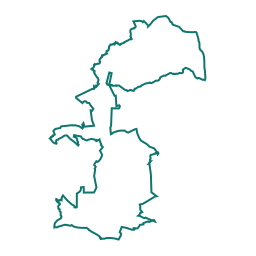 the district of Donato Guerra, México, Mexico, rotated 89°
{"feature_id": "50627088B84805364121856", "entity_name": "Donato Guerra", "entity_type": "district", "adm_level": 2, "iso_a3": "MEX", "parent_name": "Mexico", "parent_adm1": "México", "projection": "albers", "projection_center": [-100.178, 19.319], "detail": "fine", "context": "isolated", "style": "outline", "palette": "teal", "viewbox_px": 256, "rotation_deg": 89, "n_neighbors": 0, "source": "geoboundaries", "source_scale": "gbopen_adm2", "svg_char_len": 5855}
<svg xmlns="http://www.w3.org/2000/svg" viewBox="0 0 256 256"><g transform="rotate(89 128 128)"><path d="M239.3,139.3L236.7,137.9L236.3,137.4L233.5,136.7L232.1,138.1L226.8,136.0L228.0,130.8L229.8,125.7L229.8,123.6L229.2,123.2L229.0,123.9L228.3,124.1L228.2,122.8L228.7,122.5L228.4,120.1L226.2,118.3L225.0,117.8L224.7,114.3L223.5,114.4L222.1,111.0L221.8,109.4L222.2,109.1L222.2,107.9L221.5,106.4L221.1,105.0L221.9,102.8L220.6,103.6L220.5,106.2L219.3,109.2L217.9,111.9L218.4,113.0L217.9,114.6L216.3,117.3L215.9,119.3L214.9,118.0L213.1,117.2L212.8,115.8L212.4,115.2L210.5,116.9L209.4,117.2L206.5,117.1L204.7,117.6L204.1,114.5L196.9,102.0L196.7,100.6L192.7,105.7L175.2,105.9L164.1,107.2L164.2,107.9L161.8,105.9L161.9,106.6L161.4,106.3L160.1,106.6L159.0,105.9L156.7,106.3L155.4,105.8L154.6,102.7L153.6,100.9L153.9,100.8L153.3,99.8L153.4,99.4L155.0,98.8L154.3,98.2L153.7,98.1L152.9,98.3L152.5,99.4L148.8,102.3L147.1,106.7L144.5,109.4L140.8,115.3L138.1,117.0L133.5,118.8L129.1,119.6L129.4,121.1L132.6,128.0L131.6,130.1L130.5,131.4L130.5,135.8L130.8,138.0L132.2,142.7L133.2,143.7L133.9,145.2L127.5,145.7L125.5,144.9L108.0,143.9L108.3,136.8L107.6,136.2L105.8,135.8L105.1,136.4L105.9,139.2L95.5,139.7L95.7,140.2L95.6,140.9L84.9,146.0L84.2,147.9L83.8,148.2L83.1,148.1L82.7,148.7L72.2,145.7L72.9,143.4L84.4,146.0L84.6,143.9L85.2,144.2L85.1,143.5L85.6,142.1L85.4,141.5L85.6,139.0L85.5,138.5L85.3,138.6L85.4,136.2L89.6,130.7L90.3,128.4L91.1,127.9L89.9,124.5L90.5,123.6L91.0,121.6L89.7,120.8L89.4,120.9L89.1,120.4L88.8,120.3L88.9,119.7L87.3,117.4L86.9,116.6L87.0,115.9L86.6,114.4L85.8,114.0L83.9,109.8L83.2,106.0L82.9,105.5L83.4,104.6L83.4,103.4L81.1,99.1L81.2,97.5L80.8,96.5L79.9,95.6L77.9,94.8L76.2,91.3L76.4,89.5L75.6,88.6L74.5,86.2L73.9,85.4L73.7,84.2L74.7,82.4L74.5,81.4L74.8,81.1L74.7,80.6L74.9,79.9L74.5,78.9L74.8,77.3L73.8,75.6L74.2,73.6L74.1,73.1L73.6,72.3L72.9,71.9L70.5,72.0L68.8,69.2L70.5,65.3L72.1,63.7L72.6,62.3L78.1,59.9L79.4,58.4L79.7,57.5L79.4,57.3L79.2,56.2L81.1,52.5L81.0,51.2L81.5,50.4L79.5,49.7L72.3,50.1L68.4,50.6L63.4,50.5L58.8,50.7L55.4,51.3L53.1,52.4L50.7,54.6L49.2,55.1L44.3,55.1L41.8,56.0L40.3,56.0L33.9,57.8L33.4,58.1L33.2,59.8L33.4,61.3L33.1,66.6L32.7,69.4L32.2,70.2L32.3,71.1L27.8,75.1L25.6,81.1L25.3,81.1L24.9,81.8L23.1,82.4L22.6,83.2L22.6,83.7L22.3,84.0L20.0,84.9L18.3,86.0L16.7,88.1L17.5,95.5L17.8,96.5L21.1,100.9L25.2,104.3L26.8,106.1L25.9,106.0L21.4,110.2L22.1,110.6L22.0,111.4L22.2,111.5L21.6,112.0L21.0,114.6L21.5,120.6L22.2,120.1L22.9,120.1L25.1,119.0L26.9,118.5L27.9,119.4L28.1,120.1L28.5,120.3L28.3,120.7L28.8,121.6L29.2,123.1L30.4,123.9L32.4,124.0L32.8,123.7L34.4,123.5L36.6,123.9L37.0,123.5L38.1,123.4L39.1,122.7L39.4,123.1L39.4,124.9L40.7,126.9L42.0,130.0L42.3,130.0L42.8,130.6L43.8,133.9L44.3,133.8L44.8,134.6L43.4,136.7L42.7,136.8L41.9,138.7L42.1,138.7L42.7,139.5L43.1,139.0L43.3,139.6L43.7,139.7L43.4,140.3L43.5,140.9L43.6,141.2L44.1,141.0L43.9,141.7L44.2,142.0L44.1,142.5L44.7,143.7L44.4,144.1L45.0,144.3L45.3,144.8L46.4,145.6L48.4,145.6L49.1,146.2L50.1,146.3L50.7,148.0L51.2,147.9L52.0,148.4L53.1,147.8L53.1,148.3L54.1,149.1L53.9,149.9L54.8,151.1L54.9,151.5L54.6,151.9L54.8,152.5L55.1,152.7L55.6,152.3L56.3,152.9L56.7,152.9L57.0,153.8L58.0,154.1L58.4,154.8L59.6,155.4L60.7,155.2L61.1,154.7L62.4,155.0L63.3,156.1L63.1,157.2L63.9,159.1L63.4,160.0L64.2,160.9L65.1,160.6L66.1,160.9L67.3,161.8L67.8,162.7L68.1,162.9L68.2,164.3L68.6,163.3L68.6,162.6L69.1,162.6L69.4,161.7L70.2,161.4L70.3,160.5L71.3,160.4L72.3,160.9L77.0,158.0L77.2,157.4L79.6,156.6L82.2,157.7L83.2,156.4L83.3,156.4L84.0,157.3L84.9,157.7L85.1,158.2L85.0,158.7L85.8,158.5L86.2,158.8L86.4,159.2L86.0,159.8L86.6,160.2L85.6,161.3L86.6,161.4L88.0,161.0L88.3,161.2L88.3,163.1L95.8,179.3L97.0,179.4L102.3,173.1L101.0,172.2L100.4,170.5L100.9,169.2L101.9,168.8L102.4,167.0L102.3,166.3L104.7,165.1L108.2,162.3L110.1,163.5L109.7,165.0L119.4,163.9L125.1,161.9L125.9,171.5L122.4,172.5L124.1,173.7L126.5,172.8L127.7,173.5L125.5,176.6L124.3,180.9L124.5,183.1L124.2,183.8L125.2,194.8L126.4,195.6L126.8,195.7L127.6,200.4L128.7,201.8L129.8,202.7L133.3,201.3L134.2,203.4L134.9,203.2L135.5,204.9L136.1,204.7L137.0,206.3L141.0,203.1L142.0,201.7L142.6,199.1L142.0,199.8L141.1,200.1L140.0,200.2L139.0,199.9L138.6,199.3L138.6,198.2L137.6,197.3L136.0,193.8L134.9,192.4L134.3,190.9L134.5,189.0L137.7,186.2L141.0,181.9L144.6,178.2L143.9,177.7L143.6,178.1L141.8,178.4L141.3,178.1L139.6,179.1L138.9,179.0L137.0,179.6L136.2,181.4L135.7,182.0L135.7,182.3L134.2,182.0L135.7,175.0L136.7,174.6L138.3,173.2L138.5,172.0L139.3,170.8L139.5,170.1L139.7,169.2L139.1,168.1L138.3,165.0L138.3,164.3L139.0,161.5L140.1,160.5L140.5,159.7L139.5,159.5L139.9,158.4L138.9,156.7L141.1,156.2L144.0,155.0L144.5,155.4L146.7,153.5L150.1,156.4L154.5,154.3L157.2,155.4L158.5,156.1L160.4,157.7L161.4,159.1L160.7,160.2L163.8,162.4L164.5,162.4L166.1,161.0L167.1,161.3L168.0,162.0L169.5,161.6L175.4,162.7L186.9,160.6L191.0,162.6L191.9,163.2L191.8,173.3L186.3,173.3L186.5,176.1L188.8,176.2L189.8,176.7L190.8,177.4L192.7,180.3L206.4,180.6L206.6,181.0L206.4,182.9L205.6,182.7L204.6,183.4L204.3,184.1L203.2,185.8L199.3,190.0L194.3,194.2L196.0,195.3L199.1,195.7L198.5,196.8L198.9,197.5L199.4,197.6L199.6,198.8L199.0,199.1L198.5,200.1L197.8,200.7L197.9,201.1L198.9,201.1L201.1,199.6L202.0,197.7L203.1,197.4L204.2,198.7L205.1,199.2L205.6,199.0L206.7,199.1L207.5,199.0L208.1,197.7L209.5,197.9L210.6,197.2L211.0,196.7L214.0,196.9L214.5,196.4L215.8,196.1L216.3,196.2L216.4,196.5L217.0,196.6L219.4,200.6L221.7,202.6L222.7,203.0L225.2,203.4L226.1,203.3L225.8,202.9L226.1,200.3L225.2,199.0L224.9,197.0L224.3,195.4L223.6,192.4L224.7,187.0L224.1,186.0L225.8,183.6L226.7,179.7L227.1,174.8L227.1,171.1L228.7,169.1L229.4,168.8L230.0,167.5L230.9,166.5L233.9,161.1L236.2,158.0L237.2,158.1L237.4,157.1L238.5,157.1L238.2,154.7L238.3,153.6L237.7,151.9L237.6,148.1L238.2,143.3L239.3,139.3Z" fill="none" stroke="#0f766e" stroke-width="2"/></g></svg>